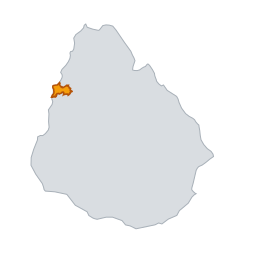 Quebracho, Paysandú, Uruguay shown in context, rotated 11°
{"feature_id": "84410073B73193959772066", "entity_name": "Quebracho", "entity_type": "district", "adm_level": 2, "iso_a3": "URY", "parent_name": "Uruguay", "parent_adm1": "Paysandú", "projection": "albers", "projection_center": [-57.976, -31.953], "detail": "fine", "context": "in_parent", "style": "filled", "palette": "amber", "viewbox_px": 256, "rotation_deg": 11, "n_neighbors": 0, "source": "geoboundaries", "source_scale": "gbopen_adm2", "svg_char_len": 4375}
<svg xmlns="http://www.w3.org/2000/svg" viewBox="0 0 256 256"><g transform="rotate(11 128 128)"><path d="M207.4,179.5L205.7,181.0L203.9,183.7L201.5,190.3L194.2,199.3L192.6,204.5L185.0,209.7L179.6,215.7L176.2,215.4L173.0,217.9L155.1,225.4L148.8,223.7L144.1,223.6L139.8,220.0L129.9,218.5L123.6,219.7L115.1,223.5L112.6,223.4L110.8,223.1L106.3,221.4L103.8,218.0L91.0,213.9L80.6,204.8L68.3,204.6L58.9,205.7L57.4,204.5L56.4,202.2L54.5,198.9L46.3,191.0L39.9,183.1L38.6,175.4L39.5,167.0L41.4,157.0L41.0,153.9L43.4,152.1L45.8,151.7L48.0,149.2L50.1,145.3L50.4,142.3L48.8,136.8L47.7,129.2L46.4,125.4L49.0,119.4L49.1,116.5L47.6,113.9L47.2,111.3L47.9,108.6L47.7,106.0L46.8,103.5L47.5,101.4L49.9,99.8L51.7,97.3L52.9,93.9L53.6,91.3L53.6,89.5L52.9,87.9L51.3,86.3L52.0,83.1L55.0,78.4L56.8,74.3L57.7,70.6L57.6,67.7L56.7,65.5L57.1,63.9L58.9,63.2L59.7,60.8L59.4,54.9L57.6,50.1L59.0,46.2L63.1,41.8L65.3,38.2L65.4,35.5L66.7,34.0L68.7,36.9L74.5,37.7L80.4,37.8L81.3,37.1L83.7,32.3L86.7,31.0L90.0,30.6L93.6,30.9L97.5,34.1L108.2,44.7L116.1,52.1L118.4,55.5L120.5,58.1L122.0,60.6L121.2,66.7L121.3,69.5L121.6,70.2L123.4,70.3L126.1,69.9L128.4,68.7L130.2,66.7L132.0,65.1L133.4,64.3L134.0,63.0L134.8,61.6L135.6,61.4L137.2,62.4L140.8,66.0L143.6,69.4L144.2,71.3L145.3,73.3L146.4,75.0L147.2,76.7L149.9,78.9L152.7,80.3L154.6,79.0L159.3,83.6L169.7,87.7L171.6,90.0L173.3,93.3L176.8,98.3L181.8,102.9L185.8,104.9L189.7,106.1L191.8,107.2L193.2,108.9L195.6,110.8L197.0,111.6L197.5,113.2L198.9,116.8L200.3,121.4L201.9,125.6L205.5,129.8L209.7,133.1L214.0,135.1L216.4,137.4L217.4,139.7L214.3,142.9L210.9,147.0L207.9,150.2L204.8,152.4L203.8,154.0L203.0,156.5L202.5,169.6L202.1,174.5L202.2,175.9L202.6,176.7L204.4,178.1L206.5,179.3L207.4,179.5Z" fill="#d9dde1" stroke="#a8b0b8" stroke-width="1"/><path d="M62.9,107.0L63.0,107.3L63.2,107.1L63.4,106.9L63.2,106.7L63.4,106.4L63.4,106.2L63.9,106.2L64.0,106.2L64.3,105.8L64.3,105.7L64.5,105.3L64.6,105.1L64.4,105.0L64.3,104.9L64.5,104.5L64.3,104.4L64.3,104.1L64.8,103.8L65.1,103.7L65.1,103.2L65.5,103.0L65.8,103.1L66.0,103.0L66.2,102.8L66.2,102.7L65.6,102.3L65.3,102.3L65.1,102.6L64.7,102.6L64.1,102.1L64.0,101.9L64.0,101.5L64.2,100.7L64.1,100.3L63.9,100.2L64.0,100.0L63.8,99.9L63.4,100.3L63.2,100.1L62.8,99.8L62.6,99.8L62.6,99.3L62.4,99.2L61.8,98.8L61.8,98.4L61.6,98.1L61.3,98.1L61.3,97.8L60.9,98.2L60.6,97.6L60.3,97.7L59.8,97.6L59.7,97.7L59.7,97.9L59.7,98.0L59.4,98.0L59.2,98.1L59.1,98.3L59.2,98.6L58.8,99.0L58.6,99.0L58.1,99.3L57.9,99.5L57.7,99.7L57.6,99.8L57.4,100.0L57.2,100.1L57.1,100.4L56.6,100.4L56.3,100.5L56.3,100.8L56.2,100.8L55.9,100.9L55.8,101.0L55.7,101.0L55.6,100.9L55.3,100.8L55.6,100.6L55.8,100.5L55.6,100.2L55.4,100.2L55.1,100.0L54.8,100.0L54.7,100.1L54.8,100.3L54.5,100.4L54.3,100.3L53.7,99.7L53.4,99.6L53.2,99.3L53.0,98.9L52.6,98.8L52.6,98.3L52.4,98.0L52.7,97.6L52.7,97.4L52.4,97.5L52.2,97.5L52.5,97.1L52.4,96.9L52.0,97.1L51.9,96.8L51.8,97.0L51.7,97.1L51.5,97.4L51.4,97.5L51.2,97.8L51.2,98.0L51.0,98.3L50.9,98.4L50.9,98.5L50.7,98.7L50.7,98.8L50.5,99.0L50.4,99.1L50.3,99.3L50.2,99.3L49.8,99.4L49.5,99.5L49.3,99.6L49.1,99.6L48.9,99.6L48.7,99.7L48.5,99.8L48.3,99.9L48.1,99.9L47.9,100.0L47.7,100.1L47.4,100.3L47.2,100.3L46.8,100.5L46.6,100.6L46.4,100.8L46.2,101.1L46.2,101.3L46.3,101.6L46.3,101.8L46.4,102.2L46.4,102.4L46.5,102.5L46.6,102.8L46.7,103.0L46.9,103.2L47.0,103.3L47.2,103.5L47.4,103.6L47.5,103.8L47.6,104.0L47.7,104.3L47.8,104.5L47.9,104.8L47.9,105.1L48.0,105.4L48.0,105.6L48.1,105.8L48.2,106.0L48.3,106.2L48.4,106.4L48.5,106.5L48.5,106.8L48.4,106.9L48.5,107.1L48.5,107.3L48.5,107.5L48.5,108.0L48.4,108.3L48.4,108.6L48.3,108.8L48.2,109.2L48.1,109.4L48.0,109.6L47.8,109.7L47.7,109.8L47.5,110.0L47.4,110.4L47.4,110.7L47.3,110.9L47.3,111.1L47.2,111.4L47.2,111.5L47.1,111.8L47.1,112.0L47.0,112.4L48.2,112.2L48.5,112.1L48.6,111.9L48.7,111.6L48.8,111.2L49.4,111.0L49.8,110.8L50.0,110.8L50.0,111.5L50.6,111.6L51.0,111.2L51.5,110.7L51.5,109.9L51.4,109.6L51.2,109.7L51.0,109.0L51.3,108.7L51.5,108.4L51.6,108.5L51.8,108.6L51.8,108.4L51.6,108.1L51.7,107.8L52.4,107.6L52.7,107.5L53.0,107.3L53.6,107.7L54.0,107.8L54.3,107.5L54.6,107.4L54.7,107.1L55.1,107.0L55.5,106.7L56.0,106.4L56.1,105.9L56.3,105.5L56.7,105.3L57.2,105.6L57.5,105.1L57.8,105.1L58.1,105.3L58.4,106.8L58.3,107.7L58.5,107.5L59.3,107.2L59.5,107.2L59.7,106.8L60.3,106.6L60.7,106.7L61.0,106.4L61.6,106.5L61.8,106.2L62.3,106.2L62.9,107.0Z" fill="#f59e0b" stroke="#b45309" stroke-width="1.5"/></g></svg>